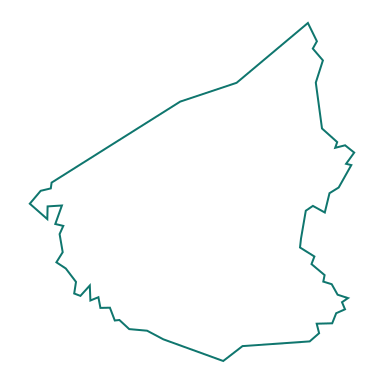 Hopkins, Kentucky, United States of America
{"feature_id": "52423323B92767937246605", "entity_name": "Hopkins", "entity_type": "district", "adm_level": 2, "iso_a3": "USA", "parent_name": "United States of America", "parent_adm1": "Kentucky", "projection": "natural_earth1", "projection_center": [-87.533, 37.338], "detail": "fine", "context": "isolated", "style": "outline", "palette": "teal", "viewbox_px": 384, "rotation_deg": 0, "n_neighbors": 0, "source": "geoboundaries", "source_scale": "gbopen_adm2", "svg_char_len": 869}
<svg xmlns="http://www.w3.org/2000/svg" viewBox="0 0 384 384"><path d="M51.6,182.6L50.8,188.4L40.7,190.8L29.8,203.7L47.3,219.1L47.6,206.4L61.9,205.5L55.3,224.0L63.3,225.9L59.6,234.1L62.7,252.2L56.4,262.3L65.8,268.5L76.0,281.9L74.2,293.5L80.4,295.9L89.8,285.5L90.4,300.5L98.4,297.2L100.4,307.9L109.9,307.7L114.8,320.5L119.4,320.0L129.2,329.1L147.1,330.7L163.3,339.3L223.2,361.0L242.5,346.1L309.7,341.4L319.1,333.2L316.7,323.7L332.2,323.3L336.2,313.2L345.0,309.3L342.0,302.2L348.0,298.1L337.6,294.7L331.7,284.2L323.3,281.6L324.6,275.1L311.5,264.1L314.4,256.5L300.0,247.5L301.0,238.6L305.8,210.7L312.9,205.9L324.8,212.5L329.5,193.2L338.7,187.5L351.3,165.1L346.1,163.8L354.2,152.6L345.1,145.3L335.2,147.8L337.2,142.1L322.0,128.5L315.8,82.6L322.9,60.4L312.8,48.6L316.9,41.3L307.9,23.0L236.6,82.8L180.2,101.6L51.6,182.6Z" fill="none" stroke="#0f766e" stroke-width="2"/></svg>